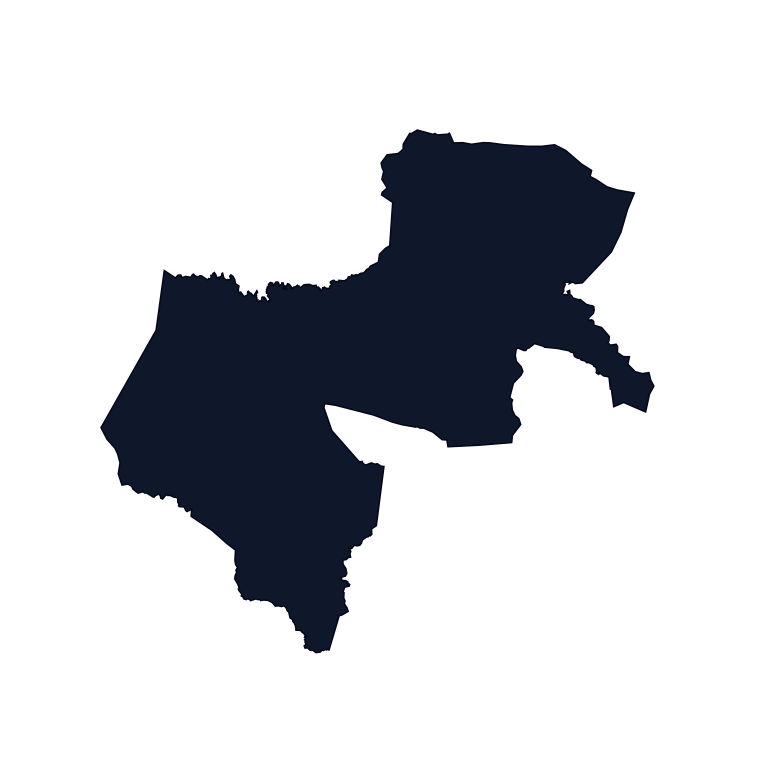 Jasikan, Volta, Ghana, rotated 286°
{"feature_id": "2480657B79217814678772", "entity_name": "Jasikan", "entity_type": "district", "adm_level": 2, "iso_a3": "GHA", "parent_name": "Ghana", "parent_adm1": "Volta", "projection": "orthographic", "projection_center": [0.477, 7.375], "detail": "fine", "context": "isolated", "style": "filled", "palette": "ink", "viewbox_px": 768, "rotation_deg": 286, "n_neighbors": 0, "source": "geoboundaries", "source_scale": "gbopen_adm2", "svg_char_len": 6171}
<svg xmlns="http://www.w3.org/2000/svg" viewBox="0 0 768 768"><g transform="rotate(286 384 384)"><path d="M264.0,124.0L254.5,133.0L248.1,143.1L243.1,147.4L235.4,152.0L224.4,153.3L214.6,160.0L217.2,165.5L216.2,169.6L213.5,172.0L211.3,177.7L213.9,182.0L213.2,184.4L213.9,185.4L211.7,193.3L212.1,194.4L214.0,195.2L216.0,197.9L215.1,199.6L212.7,200.9L212.4,202.9L217.7,205.2L217.2,206.6L217.9,209.0L217.3,213.2L217.8,216.3L216.5,217.5L213.5,218.3L212.2,219.8L210.1,220.2L209.7,221.0L210.7,225.8L207.6,228.5L207.1,229.9L210.6,233.6L203.6,235.1L195.8,259.3L187.3,277.0L183.4,287.0L173.4,289.3L169.4,291.2L167.2,293.8L164.2,293.0L162.2,294.3L158.9,293.7L155.4,294.3L151.0,298.9L147.6,301.1L146.7,300.4L145.6,301.3L142.8,305.2L140.9,305.2L140.6,307.0L138.8,308.4L138.8,311.1L139.7,311.6L140.0,313.9L138.9,315.4L142.2,320.2L141.9,321.9L142.7,324.2L141.8,325.0L143.2,328.0L144.0,332.1L143.1,336.9L140.5,340.7L141.7,343.8L141.8,347.0L143.0,348.2L143.0,349.2L142.1,351.3L139.3,353.5L138.5,355.3L133.3,358.1L132.3,361.1L130.6,361.8L129.3,363.8L126.5,365.9L123.1,367.2L124.1,371.7L122.4,374.3L122.7,375.3L121.0,376.7L121.1,377.7L119.7,377.6L119.9,378.8L118.5,377.5L117.8,378.8L116.2,378.1L115.8,379.1L114.0,379.2L113.4,380.2L112.1,380.6L110.3,379.4L108.3,380.9L109.3,383.3L107.7,386.2L108.4,389.3L107.0,392.6L108.7,396.6L111.0,397.7L111.1,399.3L112.6,400.5L112.5,402.1L113.3,403.0L113.1,404.5L148.9,404.8L150.3,407.2L155.6,412.3L158.7,410.1L161.8,406.5L164.9,406.2L167.3,404.2L172.4,403.1L172.7,402.0L177.9,402.2L180.0,406.2L181.6,406.4L182.4,405.1L182.0,404.4L183.8,403.7L184.5,401.1L183.9,399.6L184.0,396.7L187.0,396.8L188.6,399.8L191.6,400.5L196.1,398.2L199.5,394.3L203.2,393.1L205.0,396.3L206.9,397.1L208.4,399.6L211.4,398.0L214.0,398.2L216.3,395.8L216.4,397.4L217.3,398.4L220.8,399.9L221.0,402.8L222.3,405.2L224.7,406.2L228.1,406.2L232.1,409.4L232.9,411.0L234.1,411.3L234.1,412.5L236.0,413.7L241.2,412.0L245.7,415.7L304.7,406.7L304.2,403.5L305.5,399.7L304.4,397.1L304.7,393.6L301.0,388.7L301.8,385.8L303.6,384.3L302.3,381.8L324.8,346.7L344.8,332.7L348.8,332.5L350.2,343.4L351.3,382.4L349.7,402.3L349.8,412.4L351.3,426.3L352.2,428.0L351.5,430.8L352.5,434.0L351.3,444.0L346.5,455.3L347.5,459.8L341.3,462.8L351.0,491.3L362.9,522.9L370.0,521.6L382.8,526.6L388.0,523.0L389.7,518.7L394.2,514.6L400.9,511.9L404.1,512.0L405.5,508.6L420.6,508.2L430.5,513.4L434.5,514.0L438.5,511.0L442.2,505.0L447.7,502.3L453.8,501.5L454.9,502.1L455.5,503.8L454.7,508.9L455.3,511.1L457.9,511.9L458.4,513.3L464.4,517.6L464.2,527.2L463.6,528.0L466.0,540.9L466.9,552.4L466.1,554.9L466.3,557.9L464.3,558.5L462.9,559.8L462.2,563.0L462.5,565.4L461.4,566.9L461.5,570.8L460.3,573.3L461.0,574.2L460.3,579.5L458.9,580.8L458.5,583.2L455.1,584.8L453.4,584.8L452.6,586.5L453.5,587.5L452.7,587.9L454.0,588.7L452.3,592.8L452.8,598.3L441.5,603.0L441.3,604.2L425.5,611.1L432.3,619.5L429.2,643.2L447.4,642.0L456.4,644.0L461.3,639.3L468.0,635.5L465.2,629.5L465.1,622.0L470.2,613.0L477.9,612.4L476.3,606.6L478.6,599.7L484.6,598.2L486.2,596.2L483.8,591.0L485.1,588.1L487.2,588.4L491.8,587.5L498.3,577.6L498.4,569.4L501.5,568.6L502.8,567.1L501.4,565.1L503.2,566.2L501.5,563.3L504.0,562.5L509.7,565.8L512.8,565.7L516.2,564.4L516.7,562.1L516.3,561.1L516.4,556.3L519.4,549.3L518.7,548.2L518.8,541.8L520.3,540.4L521.6,537.9L525.1,536.7L523.5,534.6L521.6,536.2L520.0,535.8L520.2,534.2L519.3,531.7L520.2,530.5L522.9,531.2L525.6,530.3L529.6,530.8L531.3,529.2L532.7,533.2L534.5,533.6L534.0,534.4L531.5,534.4L533.6,536.7L533.9,539.0L533.2,540.1L535.9,546.8L573.7,566.2L595.0,569.9L619.2,570.0L636.6,572.0L634.8,554.7L635.0,544.0L639.1,531.1L640.1,525.8L640.9,524.9L646.5,524.7L650.0,512.9L658.6,494.3L661.0,482.1L655.9,469.9L652.2,456.9L647.1,433.4L645.0,419.2L643.3,412.6L638.6,402.1L637.7,393.1L634.9,384.5L643.1,377.8L641.8,376.6L638.2,366.9L638.8,363.7L637.5,362.4L637.3,346.0L632.5,341.5L631.9,339.6L619.8,336.4L615.0,337.6L611.8,335.7L609.3,333.8L605.2,323.8L595.7,320.3L591.4,322.5L588.3,325.1L580.2,325.5L573.3,333.0L567.8,329.5L565.1,329.5L560.9,342.3L518.5,351.4L514.7,347.9L507.5,343.9L499.5,345.0L493.6,338.4L490.5,337.4L489.8,336.1L485.2,333.9L484.0,331.1L481.3,328.7L481.5,327.2L480.0,325.2L480.0,322.9L478.3,322.6L477.2,320.2L474.7,319.8L472.3,317.5L471.2,312.1L470.1,312.9L469.7,310.7L468.7,309.2L469.9,307.7L469.5,306.4L467.6,304.3L466.3,304.6L465.5,306.6L463.0,305.0L461.4,305.8L460.0,302.6L460.7,299.9L459.9,299.8L459.7,298.8L459.2,299.3L458.2,298.3L456.7,298.6L456.4,296.8L457.6,296.6L459.1,294.2L458.3,292.7L460.2,291.6L458.9,288.5L459.2,284.6L457.4,279.8L453.9,277.4L454.0,275.6L454.8,275.2L454.4,274.1L455.0,273.5L453.0,272.1L452.2,270.4L450.3,269.9L451.0,269.1L450.7,268.1L451.5,268.5L453.7,265.5L453.9,263.7L450.3,263.1L450.9,262.5L450.5,262.3L448.3,264.2L447.9,263.4L448.9,262.8L448.5,261.6L447.6,261.1L448.3,260.4L449.4,260.7L448.7,261.4L450.1,261.1L450.6,261.9L451.4,260.2L453.3,259.3L453.0,257.9L451.4,258.3L449.6,255.7L451.6,255.3L452.8,253.8L452.2,252.0L448.6,250.7L448.9,249.7L450.3,249.1L450.4,246.9L449.5,246.2L448.5,246.6L448.2,245.5L445.8,246.0L444.9,245.0L443.9,245.7L442.7,244.9L441.9,245.5L440.8,245.3L438.8,246.1L439.2,248.1L436.6,247.7L434.4,250.8L432.1,251.1L432.2,249.9L431.0,250.0L431.4,248.1L432.7,247.3L432.3,246.2L433.6,246.4L434.5,244.7L433.7,244.3L434.2,243.3L433.6,242.7L431.9,243.2L429.8,242.7L429.7,241.6L428.4,240.8L429.1,239.5L430.0,239.6L429.6,238.5L432.0,238.0L432.9,236.8L434.0,237.1L435.1,236.3L437.3,237.2L438.6,236.1L433.6,234.7L432.7,233.8L434.6,231.3L434.7,229.7L435.8,228.1L435.2,227.5L431.8,228.3L429.8,225.7L429.7,224.7L431.5,223.0L431.3,222.4L432.9,221.0L431.9,220.1L432.3,219.0L434.7,217.9L438.2,217.6L439.5,213.6L443.3,211.7L446.0,209.0L446.7,206.8L445.0,206.0L442.3,207.9L441.7,207.4L441.3,204.8L440.3,203.9L441.8,200.8L446.1,198.3L445.5,197.7L443.3,198.0L441.5,197.0L441.4,196.2L440.1,196.4L440.7,195.0L440.1,193.7L442.4,192.5L444.4,190.2L443.0,189.1L441.9,190.1L440.7,187.6L438.9,188.6L436.8,187.5L437.1,186.5L435.4,185.8L437.7,178.7L437.3,177.1L435.9,176.0L435.6,173.1L437.1,170.6L436.4,169.8L433.2,168.7L432.8,163.9L430.7,160.5L432.8,158.5L431.8,155.9L428.5,154.3L432.5,141.5L372.9,150.1L264.0,124.0Z" fill="#0f172a" stroke="#020617" stroke-width="1.5"/></g></svg>